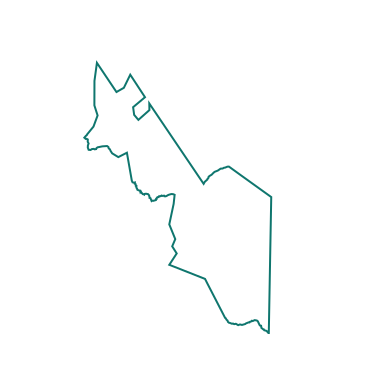 Imbonggu District, Southern Highlands, Papua New Guinea (orthographic projection), rotated 57°
{"feature_id": "67681753B40256229749398", "entity_name": "Imbonggu District", "entity_type": "district", "adm_level": 2, "iso_a3": "PNG", "parent_name": "Papua New Guinea", "parent_adm1": "Southern Highlands", "projection": "orthographic", "projection_center": [143.894, -6.148], "detail": "fine", "context": "isolated", "style": "outline", "palette": "teal", "viewbox_px": 384, "rotation_deg": 57, "n_neighbors": 0, "source": "geoboundaries", "source_scale": "gbopen_adm2", "svg_char_len": 2074}
<svg xmlns="http://www.w3.org/2000/svg" viewBox="0 0 384 384"><g transform="rotate(57 192 192)"><path d="M352.1,204.4L284.4,158.7L239.4,128.3L204.8,141.8L190.8,147.2L190.0,148.6L189.6,150.9L189.1,151.9L189.0,153.5L188.0,155.3L188.1,158.7L187.4,162.1L187.7,164.0L188.2,166.1L188.1,168.6L188.3,169.8L189.1,170.5L189.5,172.0L189.9,172.3L190.4,175.7L191.5,177.8L94.5,179.6L100.1,183.1L102.3,197.7L95.8,198.5L88.8,195.2L86.9,179.8L60.0,179.9L67.5,192.4L67.0,200.9L31.9,201.4L45.7,213.3L66.2,226.7L76.4,229.5L83.5,239.0L86.6,248.7L87.0,249.2L87.1,250.4L87.8,252.7L89.6,252.2L89.9,251.5L91.2,250.8L93.1,252.1L95.0,252.3L96.2,253.9L98.0,255.2L100.3,255.7L101.5,254.2L101.5,252.5L102.4,250.8L103.2,250.4L103.8,249.0L103.2,248.2L103.1,246.9L104.9,242.3L105.9,240.5L107.2,238.2L108.7,237.6L110.1,238.1L111.5,237.6L113.1,237.9L116.1,237.9L122.6,234.8L123.6,225.2L149.7,236.3L151.5,236.6L152.5,235.7L152.9,234.7L153.9,235.5L154.7,235.0L156.2,235.8L156.6,235.3L158.1,236.3L159.3,236.2L160.2,236.6L161.2,236.1L162.6,234.9L163.8,235.3L163.5,234.6L165.5,234.8L165.9,234.5L166.9,234.5L167.6,233.7L168.2,233.5L167.8,232.8L168.4,231.5L169.9,230.0L171.5,229.8L172.6,230.3L173.3,230.4L173.8,230.8L174.5,230.2L177.6,230.8L177.6,230.0L178.3,229.3L179.1,226.7L178.3,226.1L178.5,225.3L177.9,225.0L177.5,223.8L178.1,222.8L177.6,221.9L178.3,220.9L178.4,219.5L179.0,219.3L179.3,218.5L180.0,217.3L180.6,217.4L181.3,216.4L181.5,215.2L181.5,214.2L181.7,212.9L182.4,210.6L182.9,209.8L183.8,208.8L184.9,208.1L192.0,213.9L206.8,228.7L222.4,231.7L226.8,238.2L235.2,238.3L240.7,250.7L272.0,228.4L274.8,228.7L277.6,229.0L315.6,232.8L316.0,232.5L318.1,232.6L319.1,232.2L320.4,232.6L321.8,232.2L322.1,231.8L324.3,230.2L324.6,229.3L325.8,228.6L326.4,227.0L328.8,225.8L329.2,223.9L330.7,222.5L331.7,219.3L331.6,218.3L332.2,215.4L332.7,214.8L332.4,214.2L332.8,212.9L332.6,211.9L333.3,211.4L333.6,209.2L335.1,207.6L336.3,207.2L339.1,207.6L340.8,207.8L341.8,206.9L343.8,207.8L346.1,207.0L346.4,206.6L347.3,206.7L349.1,205.1L350.8,204.9L351.9,204.7L352.1,204.4Z" fill="none" stroke="#0f766e" stroke-width="2"/></g></svg>